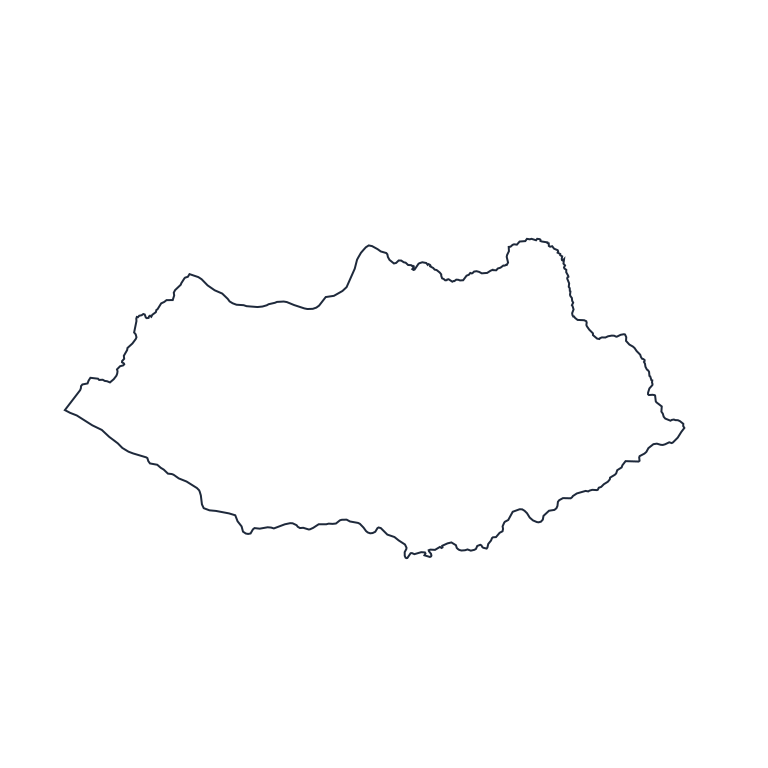 Ainaro, Ainaro, East Timor (Mercator projection), rotated 105°
{"feature_id": "22284137B67278963884363", "entity_name": "Ainaro", "entity_type": "district", "adm_level": 2, "iso_a3": "TLS", "parent_name": "East Timor", "parent_adm1": "Ainaro", "projection": "mercator", "projection_center": [125.494, -9.042], "detail": "fine", "context": "isolated", "style": "outline", "palette": "slate", "viewbox_px": 768, "rotation_deg": 105, "n_neighbors": 0, "source": "geoboundaries", "source_scale": "gbopen_adm2", "svg_char_len": 6150}
<svg xmlns="http://www.w3.org/2000/svg" viewBox="0 0 768 768"><g transform="rotate(105 384 384)"><path d="M546.0,316.4L540.6,314.5L540.1,313.3L540.5,310.6L536.8,304.5L536.1,300.9L536.9,300.1L539.0,300.6L539.2,294.9L538.3,293.9L537.5,293.8L535.9,294.6L533.9,297.3L533.0,297.8L532.0,296.4L531.0,291.8L526.9,287.8L527.5,286.0L526.7,285.2L525.2,285.9L521.5,281.4L519.6,277.9L521.1,272.8L523.5,271.3L524.2,270.1L524.8,268.4L524.8,266.1L523.6,262.7L522.2,260.5L522.5,257.0L520.8,253.8L519.5,252.5L516.3,252.0L514.4,249.4L514.7,248.1L516.0,246.9L516.5,245.7L516.4,242.3L515.2,241.8L511.5,241.9L507.5,240.1L504.9,239.8L503.9,239.1L502.9,236.2L497.8,233.8L495.6,231.4L493.2,231.5L490.8,232.6L486.8,232.0L485.8,231.6L483.2,228.8L474.1,226.6L469.9,220.6L469.3,218.1L470.1,215.4L471.8,212.4L475.3,208.7L477.2,204.8L477.8,200.6L477.6,198.9L476.4,196.8L473.9,195.5L470.1,195.8L464.5,192.3L463.7,191.8L461.5,186.8L459.4,185.3L456.9,184.9L452.8,185.5L450.9,184.7L447.9,181.6L446.1,174.1L444.7,173.0L443.4,172.6L439.8,169.4L435.1,161.6L434.9,158.9L433.8,157.9L432.3,155.4L431.4,150.9L430.8,150.1L428.6,149.7L427.2,147.6L423.9,145.7L420.5,142.5L417.7,141.2L415.9,141.4L411.9,137.5L410.3,136.6L406.9,136.4L403.1,132.9L400.8,132.7L396.0,130.7L393.0,118.0L392.0,117.3L388.9,118.5L387.5,118.4L383.8,114.4L381.7,113.0L377.5,112.0L372.4,108.2L371.0,105.0L371.1,100.9L370.7,98.9L369.5,96.9L366.5,93.4L366.6,90.8L365.7,89.8L359.8,86.4L353.3,84.4L348.7,82.5L347.2,84.1L345.0,84.6L343.3,88.5L342.9,90.8L343.5,93.2L343.3,94.8L344.2,96.7L345.3,97.8L344.6,103.4L343.2,105.4L340.5,107.0L338.9,108.9L333.8,109.9L331.2,116.1L330.4,117.0L325.1,119.1L324.7,119.6L324.9,121.7L326.1,125.3L325.6,126.3L324.0,126.7L319.6,126.5L315.6,124.5L314.6,124.6L313.2,125.5L311.1,125.8L311.1,126.7L307.8,128.8L307.5,129.7L303.7,131.1L302.5,132.4L302.0,133.8L299.7,135.9L296.8,137.2L295.4,138.6L294.4,138.2L293.4,138.5L292.8,139.9L292.8,141.3L291.3,142.9L289.4,144.1L286.8,148.5L284.4,151.3L283.4,153.3L282.4,157.2L279.7,161.4L276.1,162.1L273.8,164.0L273.8,165.1L275.2,168.1L277.9,171.2L278.2,171.9L277.8,174.2L278.3,176.5L279.9,179.9L281.8,182.2L282.6,185.6L283.8,187.2L284.8,187.6L285.0,189.9L282.7,194.8L281.0,195.3L278.4,199.8L275.7,203.0L274.6,203.8L272.3,204.1L271.0,204.9L270.6,207.2L272.0,213.6L270.8,216.4L269.6,218.0L269.9,218.6L268.7,219.8L266.9,220.6L262.9,220.2L260.0,222.0L259.3,222.9L256.5,222.3L254.9,223.8L252.3,224.8L250.8,226.7L249.7,227.4L246.3,227.9L246.0,228.6L243.4,229.4L242.3,230.7L238.9,231.2L234.8,234.3L233.6,234.4L232.7,233.6L231.8,234.1L228.9,236.9L226.5,237.5L225.8,239.6L224.8,240.3L222.6,239.8L221.3,241.8L216.8,242.4L218.5,243.3L218.3,244.1L217.2,244.7L214.6,244.9L214.0,247.1L212.8,247.4L212.2,250.3L210.8,250.1L209.8,250.9L209.3,254.7L207.4,257.2L208.4,259.1L208.0,260.5L205.5,261.3L205.6,262.5L204.9,262.8L205.5,268.3L205.4,269.9L204.1,270.3L203.8,271.1L204.1,273.6L205.8,274.3L205.6,279.1L206.5,280.6L206.8,283.5L209.4,284.5L211.3,289.9L215.0,291.7L215.4,294.5L216.3,295.8L218.6,297.3L219.3,299.0L223.4,297.7L227.5,298.5L229.4,298.4L234.6,295.6L237.3,296.3L237.3,297.0L238.4,298.0L238.7,299.4L241.5,301.6L243.0,304.0L245.1,305.0L245.8,308.1L245.5,308.5L247.0,310.4L250.0,313.1L251.8,318.2L251.1,321.1L251.1,323.8L252.1,326.1L254.0,327.2L254.5,327.9L254.4,329.4L256.5,330.3L258.0,332.3L263.3,334.4L264.3,337.4L264.1,339.2L264.5,341.2L266.4,342.7L266.5,343.4L267.5,344.5L266.1,348.7L266.7,350.0L267.5,350.3L268.0,351.7L267.1,353.6L266.9,355.2L264.7,356.7L263.3,357.1L261.9,359.0L260.3,362.7L260.4,364.7L259.2,366.5L258.4,369.9L257.5,369.8L257.0,370.5L256.7,372.1L257.6,372.6L256.2,374.5L256.5,378.5L258.2,381.1L259.0,381.8L265.6,384.1L266.2,385.0L265.7,386.4L264.0,385.5L262.6,385.7L262.4,386.6L262.9,387.0L262.2,388.6L262.8,391.5L261.2,394.5L261.3,396.4L260.3,399.4L260.9,401.8L263.9,403.6L265.0,405.6L262.7,410.8L260.3,413.1L257.9,414.3L256.9,415.7L256.8,421.4L255.4,425.1L253.9,431.2L254.1,434.6L256.6,436.9L259.3,438.3L263.2,440.2L268.4,441.6L270.9,442.2L280.2,442.1L300.1,445.2L304.9,448.2L311.8,455.2L315.1,462.8L325.1,467.0L327.7,469.1L329.8,472.2L331.4,477.4L331.6,480.4L331.0,491.3L330.0,499.1L330.3,502.2L332.4,508.6L333.8,510.4L336.8,516.1L338.3,517.6L340.6,521.4L342.4,526.1L344.4,536.9L344.2,540.0L345.6,547.0L345.2,551.1L344.2,554.5L342.2,557.0L338.5,563.7L337.3,571.8L334.4,579.9L330.0,587.3L328.8,591.0L328.2,600.3L331.2,601.2L332.7,603.6L333.5,604.1L339.2,605.9L340.7,606.0L347.4,610.1L350.2,610.7L352.7,609.6L357.6,609.8L359.3,615.8L361.6,617.5L363.8,620.1L370.4,622.1L371.4,623.0L373.7,623.0L377.1,625.7L379.3,626.2L378.6,627.7L379.6,628.5L381.1,628.5L381.8,630.2L381.4,631.3L378.8,633.1L378.7,634.6L380.3,635.9L381.4,638.1L383.2,639.0L383.2,640.1L384.9,640.2L387.3,639.4L398.9,638.7L400.3,636.7L402.9,635.2L404.7,635.4L410.0,637.5L415.6,641.1L417.7,640.9L424.1,642.6L426.9,641.5L429.6,642.9L430.8,642.7L431.5,640.5L432.2,640.0L433.6,640.8L435.1,643.5L439.0,645.7L440.6,644.7L442.9,644.4L445.2,644.6L449.3,646.3L453.4,649.1L453.0,652.3L453.3,654.5L452.7,656.8L453.8,660.2L452.9,661.6L454.0,669.2L457.1,670.2L460.2,670.5L462.5,675.2L464.5,676.1L466.5,675.7L468.6,675.9L491.8,685.5L493.1,679.7L493.9,672.6L499.4,655.1L501.4,644.7L506.2,635.7L510.2,625.8L513.5,620.2L515.5,613.3L516.0,608.4L516.4,594.7L516.8,593.4L519.5,591.7L521.3,589.5L520.7,582.1L522.7,578.0L523.7,574.6L526.5,569.5L525.9,565.7L526.1,563.8L528.3,557.8L529.3,549.5L532.9,537.8L534.5,535.1L535.6,534.2L539.0,532.1L547.4,528.7L550.6,526.0L551.2,519.9L550.1,513.5L549.1,500.2L549.3,493.7L554.5,489.9L558.4,484.7L563.1,482.0L564.2,478.8L564.0,476.4L562.9,474.2L558.4,473.0L556.7,471.8L555.9,466.6L552.5,459.3L551.9,455.9L552.0,453.0L545.2,443.5L542.7,438.6L542.2,436.2L543.0,431.9L544.2,430.4L544.9,427.9L543.8,424.8L544.0,419.1L543.6,418.0L541.3,415.2L536.4,410.8L534.5,403.6L533.2,401.3L532.4,397.4L531.2,394.3L527.1,391.3L526.1,389.7L524.7,385.0L525.6,381.3L524.9,373.1L525.3,371.1L528.0,366.6L530.7,363.3L531.6,361.3L531.8,358.7L530.9,356.4L529.0,354.2L524.9,353.0L524.0,352.1L524.0,349.8L528.6,341.8L529.1,334.3L531.3,329.3L533.6,322.2L536.3,319.9L537.5,319.7L541.1,320.5L544.6,319.5L546.2,318.2L546.4,317.3L546.0,316.4Z" fill="none" stroke="#1e293b" stroke-width="2"/></g></svg>